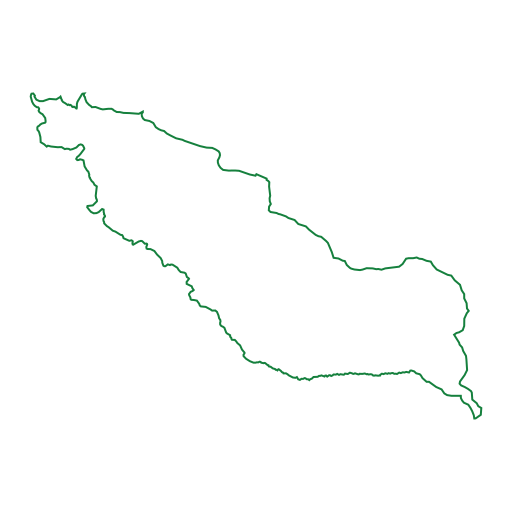 outline of Mjanyane, Quthing, Lesotho
{"feature_id": "5366337B93918121901392", "entity_name": "Mjanyane", "entity_type": "district", "adm_level": 2, "iso_a3": "LSO", "parent_name": "Lesotho", "parent_adm1": "Quthing", "projection": "mercator", "projection_center": [27.716, -30.528], "detail": "fine", "context": "isolated", "style": "outline", "palette": "green", "viewbox_px": 512, "rotation_deg": 0, "n_neighbors": 0, "source": "geoboundaries", "source_scale": "gbopen_adm2", "svg_char_len": 5979}
<svg xmlns="http://www.w3.org/2000/svg" viewBox="0 0 512 512"><path d="M60.5,96.6L59.9,97.2L56.2,99.4L49.4,98.9L43.1,101.1L39.5,101.1L36.4,99.7L34.5,96.6L34.9,95.7L33.3,93.5L31.5,93.7L31.0,94.9L30.7,96.6L32.1,101.7L33.3,104.0L34.7,105.7L36.8,107.2L38.2,107.3L39.1,108.5L39.1,109.3L38.6,110.7L39.2,111.9L40.8,113.3L42.5,114.2L45.2,118.0L45.6,121.0L45.5,122.2L45.1,122.7L42.0,123.5L40.3,124.5L39.2,125.7L37.7,126.6L37.3,127.6L37.4,129.8L38.7,131.3L39.2,132.4L40.4,137.0L40.7,142.2L44.2,144.3L46.7,146.6L47.9,145.7L51.0,146.5L57.5,147.2L61.6,147.1L64.8,149.1L66.6,148.7L68.9,148.9L70.1,149.7L72.6,149.1L76.4,147.5L78.9,145.0L80.7,144.4L82.2,144.9L83.1,145.8L84.3,148.3L84.2,149.0L80.5,153.9L78.7,155.9L77.2,157.0L76.2,158.9L77.3,160.1L78.7,160.0L80.0,159.3L82.2,159.8L83.5,160.4L84.6,166.4L87.0,170.4L88.3,171.6L89.3,174.6L89.1,175.7L89.6,177.6L90.0,177.8L90.2,178.7L91.8,181.2L93.3,182.5L94.5,184.8L96.8,186.4L95.7,195.9L96.2,198.6L96.5,198.9L96.9,200.1L96.9,201.3L92.8,205.4L87.5,206.0L87.2,207.2L89.5,210.2L91.0,211.9L93.7,213.3L96.5,213.1L98.7,212.1L102.1,209.0L103.6,209.6L103.7,212.3L104.1,213.4L104.0,214.3L104.9,215.6L105.0,216.6L104.2,217.2L103.3,219.0L103.5,221.0L104.1,222.0L104.2,223.4L107.0,226.2L108.5,227.1L112.8,230.7L115.4,231.6L120.5,234.8L122.2,235.1L123.1,236.6L123.4,238.0L123.9,238.4L129.3,240.8L131.4,240.3L132.5,240.9L132.8,241.8L132.4,243.1L132.7,244.5L133.2,244.7L138.7,241.5L140.9,240.9L141.9,241.0L142.7,241.6L144.8,243.7L146.6,243.6L147.0,243.9L147.2,244.6L146.3,247.0L146.6,248.6L147.5,249.0L150.5,249.1L154.4,251.0L157.0,254.5L160.7,258.1L162.2,261.1L162.3,262.8L163.4,265.7L164.3,266.2L165.4,266.2L167.8,264.4L170.0,265.1L171.0,264.5L172.6,264.7L177.3,267.7L178.7,270.0L180.6,272.0L184.5,272.7L185.7,273.5L186.9,277.0L188.6,278.2L189.0,278.8L186.6,282.0L186.7,283.9L191.7,286.3L192.5,288.4L193.7,290.0L192.6,291.0L190.7,291.8L189.0,294.1L189.2,295.2L190.4,297.5L190.6,299.1L191.3,299.8L193.9,300.0L196.9,300.6L199.2,303.8L199.8,305.5L200.8,306.4L205.7,306.9L210.6,309.5L212.1,310.6L215.3,310.5L217.0,311.9L218.5,315.5L219.1,318.2L220.3,320.0L220.5,321.6L220.1,322.9L220.2,324.6L221.3,326.0L222.9,326.7L224.4,327.8L226.2,332.6L227.1,333.5L230.1,335.2L230.2,336.8L231.2,337.7L231.4,338.9L232.0,339.8L234.8,339.9L236.3,341.5L237.3,343.0L240.1,345.4L242.0,349.6L244.5,352.6L244.5,353.3L243.5,354.8L243.6,356.2L246.1,358.8L249.9,361.2L253.6,362.7L255.5,362.7L256.9,362.3L258.2,362.4L259.6,361.7L260.6,361.9L261.2,362.7L263.7,363.2L264.2,362.9L265.2,363.1L267.6,365.1L268.4,365.2L268.6,366.0L269.0,366.5L270.6,366.7L272.8,368.4L275.0,369.0L275.7,369.8L276.6,369.8L277.4,370.4L278.2,369.4L278.7,369.2L280.9,370.9L282.0,372.2L283.1,372.6L283.5,373.4L285.9,373.3L287.5,374.2L288.7,375.3L292.9,377.5L295.5,377.8L296.9,377.1L298.2,379.3L299.9,379.9L301.5,378.8L303.0,378.9L304.6,378.1L305.5,378.3L306.7,379.2L308.3,379.3L309.3,380.1L310.1,379.3L311.9,378.6L313.5,377.0L317.7,376.8L319.0,375.9L320.1,375.9L321.4,375.4L324.5,376.5L325.2,375.6L326.1,375.5L327.2,376.6L329.2,375.2L330.2,375.3L331.2,376.0L332.6,375.4L333.5,374.5L335.9,374.6L337.2,373.9L339.0,374.9L340.4,374.2L343.5,374.7L344.1,374.6L345.0,373.6L347.8,374.0L349.9,372.7L352.0,373.3L352.6,373.7L353.7,373.9L355.0,373.3L358.3,374.4L359.0,374.3L359.5,373.8L362.4,373.9L364.8,373.5L366.9,374.3L367.6,374.0L368.5,374.5L370.9,374.2L372.3,374.7L373.2,375.6L374.8,375.6L375.2,375.3L378.1,375.7L380.1,375.5L380.2,374.8L381.9,373.7L383.6,374.1L385.3,373.3L387.5,373.8L388.5,373.2L390.3,373.6L391.1,373.2L392.8,373.0L394.2,373.8L395.9,373.7L397.0,374.0L399.2,372.6L400.8,373.1L402.8,372.3L404.5,372.5L406.2,371.9L409.0,372.5L410.3,370.6L411.3,370.5L414.2,371.4L416.2,373.3L419.7,374.2L420.9,375.4L422.5,378.1L426.6,381.8L429.0,381.8L436.2,387.0L441.6,389.4L444.3,393.4L447.1,395.1L451.5,395.8L460.8,395.8L460.9,398.1L462.2,400.6L463.9,402.7L468.3,404.7L470.4,407.8L472.2,411.2L473.8,415.3L474.3,418.5L475.6,418.4L480.8,414.8L481.3,408.0L478.3,406.2L476.7,403.2L472.3,399.6L471.8,392.6L471.0,391.1L468.0,388.9L464.7,387.0L461.1,385.4L459.6,383.7L460.0,381.5L464.6,375.1L467.1,370.1L466.4,359.3L466.0,355.9L463.2,351.0L462.1,347.4L459.6,344.6L459.1,342.7L454.1,334.7L456.5,333.0L459.1,332.3L462.7,330.2L464.2,326.0L464.3,318.7L466.8,313.2L468.7,310.9L467.0,308.5L466.6,303.2L464.2,298.4L464.2,294.1L461.7,290.3L460.0,284.8L454.7,280.3L451.3,275.6L447.6,274.8L436.7,269.5L432.9,265.2L430.8,261.6L426.5,260.8L422.2,259.0L419.3,258.7L416.7,257.5L413.1,258.2L408.6,258.2L406.1,258.7L402.6,264.0L399.1,266.7L385.3,268.4L381.5,269.7L378.3,269.0L376.3,269.2L372.7,268.4L366.6,268.2L362.5,269.6L360.0,270.1L354.4,269.5L351.2,268.6L349.8,267.8L346.8,265.0L344.8,261.0L342.7,260.7L338.5,258.5L333.6,257.8L331.8,252.1L327.9,242.9L326.1,241.0L321.2,236.8L318.4,236.2L315.7,234.9L309.0,229.6L305.9,226.4L298.3,224.0L294.6,220.0L288.4,218.0L286.0,216.4L280.2,214.3L278.6,214.0L276.6,213.0L270.5,212.0L268.8,210.3L269.1,206.6L270.8,204.0L269.8,201.4L269.6,198.2L270.2,195.7L269.1,186.6L269.3,182.2L268.3,181.0L266.6,179.9L266.6,178.6L256.4,174.2L255.5,175.7L249.8,174.5L239.1,170.8L234.8,170.5L228.6,170.6L223.1,169.9L220.6,167.9L218.8,165.3L217.9,162.7L217.8,160.4L219.4,157.3L220.0,155.1L219.7,153.1L218.7,151.4L215.5,149.4L212.2,147.9L206.6,147.6L200.0,146.1L184.7,140.9L182.5,139.8L176.1,138.3L170.3,135.4L166.8,133.5L164.1,131.0L161.2,130.3L158.6,129.1L155.8,127.2L153.3,123.0L149.5,121.0L144.7,120.0L143.0,118.5L141.9,116.2L141.6,113.6L142.8,112.4L142.8,111.6L138.8,113.8L129.6,113.1L123.5,112.9L119.9,112.1L116.7,112.0L113.5,110.2L113.2,109.7L111.6,108.8L108.2,108.8L102.8,109.4L100.6,108.9L95.5,107.0L91.8,107.2L91.0,106.2L89.1,104.9L86.6,102.2L85.4,99.3L84.9,97.0L84.3,96.5L84.0,95.6L83.8,94.3L84.4,93.5L82.5,93.7L82.0,94.2L77.5,101.7L76.9,103.8L76.8,107.9L76.6,108.5L76.3,108.5L74.4,106.8L73.7,106.7L73.0,107.1L72.4,106.9L72.0,106.6L71.6,105.7L70.5,104.9L69.7,105.2L68.6,104.5L67.7,105.0L65.2,103.2L63.1,102.0L61.8,100.4L61.8,99.6L60.9,98.3L61.0,97.9L60.5,96.6Z" fill="none" stroke="#15803d" stroke-width="2"/></svg>